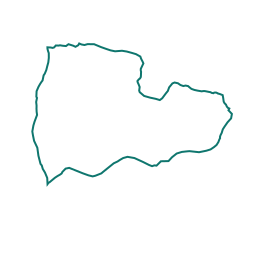 Dekina, Kogi, Nigeria (Albers equal-area conic projection), rotated 194°
{"feature_id": "59680162B92999716235821", "entity_name": "Dekina", "entity_type": "district", "adm_level": 2, "iso_a3": "NGA", "parent_name": "Nigeria", "parent_adm1": "Kogi", "projection": "albers", "projection_center": [7.147, 7.599], "detail": "fine", "context": "isolated", "style": "outline", "palette": "teal", "viewbox_px": 256, "rotation_deg": 194, "n_neighbors": 0, "source": "geoboundaries", "source_scale": "gbopen_adm2", "svg_char_len": 2221}
<svg xmlns="http://www.w3.org/2000/svg" viewBox="0 0 256 256"><g transform="rotate(194 128 128)"><path d="M192.5,54.1L191.8,55.7L191.0,56.4L186.9,62.0L184.7,64.4L182.8,66.2L181.4,67.8L181.0,69.6L178.7,73.5L175.4,75.1L160.9,73.1L154.9,72.5L150.6,72.5L148.1,73.8L143.2,77.3L142.9,77.5L141.7,79.2L133.3,90.3L130.0,93.0L128.1,95.1L125.4,97.7L121.5,99.9L114.5,100.4L105.3,98.7L98.6,97.2L95.4,96.8L93.4,98.1L91.2,98.4L88.0,103.7L84.3,104.7L80.7,105.7L78.2,110.3L74.6,115.0L70.0,117.8L65.4,119.5L62.8,120.4L53.2,121.7L46.5,124.9L42.7,127.2L40.0,130.2L38.0,132.9L36.9,136.2L36.8,137.2L36.6,138.9L36.2,140.5L36.6,141.5L36.5,143.3L35.9,145.9L35.7,149.6L34.7,152.6L32.8,157.6L30.3,162.3L30.6,166.8L34.8,169.5L34.4,171.4L35.9,171.7L37.3,172.7L38.6,174.4L40.3,175.4L41.5,176.7L43.0,180.4L44.1,182.8L47.2,183.2L49.1,183.2L49.3,183.4L51.2,183.7L52.9,183.2L53.6,182.4L54.1,182.4L55.2,182.3L56.6,182.7L58.2,182.6L60.6,182.5L62.5,182.4L64.0,182.0L65.4,181.4L66.9,181.3L69.4,181.1L72.7,181.0L75.9,181.3L78.5,182.5L79.8,183.2L82.4,183.1L84.5,182.1L87.5,182.4L90.4,183.5L93.4,183.4L93.8,183.4L95.7,182.0L97.9,177.4L98.3,173.6L99.7,170.6L102.0,165.1L103.9,162.8L108.1,163.0L113.9,162.8L120.1,163.0L125.3,165.6L126.2,167.0L126.6,170.6L128.3,173.0L129.6,174.6L130.2,175.8L129.4,177.6L128.3,179.1L127.9,180.6L128.3,182.8L128.6,184.1L128.9,185.7L129.5,186.8L129.9,188.4L128.7,194.4L130.1,196.2L131.2,197.4L132.2,198.6L133.3,200.3L138.1,201.6L140.4,201.7L142.6,201.8L147.7,201.9L151.2,201.6L152.5,201.5L159.1,199.3L163.7,199.1L168.7,199.5L173.8,200.0L181.1,201.1L187.5,199.6L190.3,198.0L193.3,197.8L195.8,198.2L196.3,196.3L198.6,194.1L201.1,194.6L206.0,194.9L208.0,192.5L211.4,192.0L214.0,191.8L215.2,191.2L218.0,190.6L219.2,188.3L220.5,187.5L222.6,187.4L224.0,187.1L225.7,186.8L225.3,185.4L224.3,183.5L223.0,181.5L221.8,176.9L221.2,172.4L221.3,168.4L221.3,164.5L221.9,160.6L222.6,158.7L222.4,153.4L223.0,152.1L223.9,149.6L224.8,146.4L225.6,141.6L224.5,136.2L223.6,135.2L223.4,131.0L222.2,127.8L221.6,125.3L221.6,125.1L220.6,121.7L219.4,118.7L220.2,111.6L220.4,107.5L220.0,101.5L218.4,97.8L216.0,92.8L211.2,86.9L208.2,79.4L204.2,72.0L202.6,70.8L200.8,67.7L197.8,64.7L194.3,60.0L192.5,54.1Z" fill="none" stroke="#0f766e" stroke-width="2"/></g></svg>